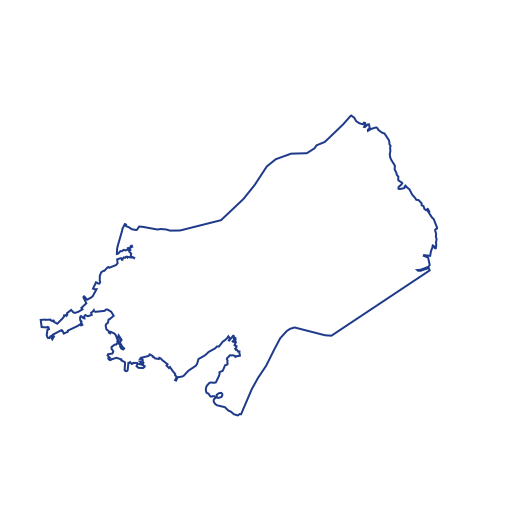 Weloy, Federated States of Micronesia (Mercator projection), rotated 118°
{"feature_id": "79324940B30441549583849", "entity_name": "Weloy", "entity_type": "district", "adm_level": 2, "iso_a3": "FSM", "parent_name": "Federated States of Micronesia", "parent_adm1": "", "projection": "mercator", "projection_center": [138.112, 9.532], "detail": "fine", "context": "isolated", "style": "outline", "palette": "blue", "viewbox_px": 512, "rotation_deg": 118, "n_neighbors": 0, "source": "geoboundaries", "source_scale": "gbopen_adm2", "svg_char_len": 6128}
<svg xmlns="http://www.w3.org/2000/svg" viewBox="0 0 512 512"><g transform="rotate(118 256 256)"><path d="M315.4,381.8L319.5,379.8L318.4,378.7L315.5,378.1L314.7,376.6L312.7,375.7L312.2,373.6L310.5,372.2L308.6,373.3L309.4,372.1L308.0,371.2L305.7,371.1L305.3,370.5L305.9,370.3L306.1,369.7L307.9,370.9L309.5,370.8L309.8,369.8L311.0,370.5L311.8,369.6L312.4,367.4L314.7,366.6L315.0,365.4L314.8,362.7L315.1,362.7L314.9,363.5L316.2,366.2L316.9,368.5L317.7,368.7L317.2,369.6L317.7,370.4L319.1,370.8L319.3,372.1L320.8,372.4L322.0,372.1L322.3,372.5L321.3,374.0L321.4,374.4L324.1,377.0L327.4,374.8L329.7,375.3L335.3,380.1L335.0,381.1L335.9,381.8L340.2,382.9L340.7,383.7L343.0,385.0L346.9,384.6L351.1,382.4L352.2,381.3L354.0,381.4L354.4,382.5L354.3,384.9L361.3,384.6L361.1,382.8L360.2,381.2L368.0,381.3L369.6,381.8L373.9,384.6L372.3,388.8L372.9,389.1L373.6,388.9L377.4,383.6L383.8,385.8L384.5,384.2L388.6,386.6L391.1,389.0L391.6,390.6L390.4,393.9L395.2,396.0L396.7,395.0L397.7,395.3L397.2,395.9L398.6,397.6L399.3,397.0L402.3,397.6L409.1,399.7L409.0,403.8L408.0,404.2L408.2,405.0L409.1,405.6L409.2,407.2L408.7,407.7L411.1,411.7L411.3,412.6L413.5,416.1L419.4,411.9L417.0,406.6L416.5,406.6L416.3,405.9L417.9,404.4L419.1,405.5L424.2,403.6L426.0,401.5L425.5,399.9L423.5,399.8L422.2,398.9L422.8,397.8L424.6,397.7L425.2,396.7L421.9,396.6L421.6,398.1L420.8,398.4L413.0,393.1L413.3,392.5L412.8,392.0L414.7,389.3L411.2,386.6L410.2,387.1L401.5,380.6L398.9,379.2L399.4,377.8L398.3,377.0L396.5,379.6L395.7,379.4L395.1,381.2L393.0,382.4L391.7,382.6L391.2,382.3L391.9,379.0L391.6,378.2L390.3,379.3L388.3,379.0L388.1,376.2L385.2,373.4L383.6,374.9L381.5,374.0L380.0,373.8L380.6,373.2L380.7,371.6L375.5,363.9L373.8,363.4L373.0,362.2L373.2,357.7L375.6,353.6L380.3,355.5L381.3,356.3L384.5,355.4L386.8,356.4L388.3,355.9L391.0,353.6L391.6,350.3L392.7,349.9L392.8,348.5L391.2,348.5L390.9,345.1L391.7,342.6L395.2,338.8L395.3,338.0L396.6,338.2L396.9,336.3L395.1,335.8L394.0,335.6L393.5,335.9L393.0,336.7L393.2,337.8L392.4,338.2L392.4,339.7L390.6,340.0L393.1,335.4L396.6,335.5L397.6,334.8L397.3,333.6L398.3,332.9L398.5,331.8L399.2,331.3L399.2,329.6L399.6,329.0L400.9,329.4L401.0,331.5L399.7,333.5L398.4,333.9L397.7,336.0L398.5,337.7L399.9,337.9L400.4,339.0L401.6,339.7L404.3,340.8L405.7,340.0L407.2,337.2L408.6,337.0L409.7,337.1L412.0,340.4L413.4,340.5L414.5,337.3L415.2,338.5L416.0,338.2L416.5,336.7L416.3,335.7L414.5,334.5L411.4,331.4L410.5,326.3L411.4,325.9L411.3,322.2L411.9,321.4L418.5,318.4L418.8,317.1L418.3,316.1L417.2,315.7L410.2,318.5L409.8,317.6L408.8,317.4L409.7,315.0L408.8,314.3L408.0,314.2L406.2,310.6L406.7,309.7L407.9,309.9L409.4,309.7L409.9,307.2L408.0,303.2L406.5,302.4L405.6,302.5L405.5,305.3L406.2,308.4L404.8,307.4L404.6,304.9L403.2,305.2L402.9,306.5L403.8,308.0L403.6,308.9L402.5,307.2L401.8,306.7L400.7,307.4L400.5,308.6L401.3,310.0L400.0,309.9L394.7,303.9L392.8,303.7L392.8,300.3L393.5,299.8L393.3,298.4L393.8,297.1L392.6,293.4L391.3,293.6L391.2,292.1L392.0,289.6L393.1,283.3L394.7,283.6L395.8,280.3L394.4,279.9L396.7,275.5L398.1,271.9L399.1,271.7L400.0,269.2L403.6,269.1L403.5,268.1L399.8,268.2L397.2,264.7L395.7,263.6L389.2,261.9L381.1,257.6L379.0,257.4L373.9,258.4L368.7,255.0L366.4,253.9L363.0,252.8L356.7,248.7L354.2,248.0L353.3,246.2L347.1,245.1L344.8,243.8L342.0,242.9L339.9,242.7L341.1,240.3L343.3,240.3L343.3,240.0L337.1,238.7L337.1,238.1L337.9,238.0L338.0,236.9L339.3,236.9L339.6,235.7L338.7,235.3L339.4,234.8L339.8,234.8L340.7,235.7L340.6,235.9L342.3,236.5L342.5,235.8L341.5,235.4L341.7,234.6L341.2,233.8L341.5,233.3L342.3,233.6L342.8,233.2L343.8,233.3L344.2,232.8L344.7,232.9L344.6,232.2L345.1,231.7L344.8,230.9L346.2,230.3L347.6,230.9L348.3,229.6L347.9,228.4L348.8,227.0L348.1,225.8L349.2,225.3L351.5,223.4L352.8,224.7L353.3,225.9L354.8,226.8L354.1,227.8L354.5,229.8L355.2,230.7L355.8,232.4L358.0,232.9L359.3,233.5L360.8,233.3L361.6,232.1L363.7,231.2L364.5,230.4L365.5,230.5L367.0,232.0L372.9,231.5L375.7,233.7L377.5,232.7L379.1,232.4L386.4,232.1L387.5,233.2L388.7,236.1L389.9,237.6L393.8,238.5L396.1,238.2L397.8,237.4L399.4,236.2L400.1,234.8L399.8,233.4L401.4,230.4L401.0,229.2L399.9,228.2L399.4,226.9L399.5,225.9L398.5,224.7L396.9,225.5L394.4,224.2L393.2,222.5L393.6,221.1L394.8,220.3L396.7,220.3L399.0,222.6L399.3,224.3L400.2,225.1L402.3,225.9L403.6,225.5L404.9,224.4L405.9,222.3L406.1,220.3L404.1,212.5L405.5,207.6L405.2,205.2L406.1,201.2L405.3,197.2L403.2,196.2L402.8,194.9L375.7,197.2L362.8,197.0L348.0,195.5L329.7,196.0L317.2,196.0L307.8,193.6L304.3,191.7L301.0,188.4L293.6,157.9L291.0,152.0L187.2,95.9L185.7,97.5L185.7,98.0L191.9,103.9L192.9,106.1L192.7,107.0L190.9,104.2L185.3,99.3L184.3,98.6L182.4,98.4L176.8,103.1L176.6,103.8L177.1,107.9L176.4,108.1L176.2,107.7L174.1,102.3L169.5,103.8L165.8,104.2L163.7,104.9L163.6,103.9L165.0,102.0L165.1,101.3L164.6,100.9L161.1,102.3L159.5,103.5L156.6,104.3L154.1,106.5L151.9,107.3L149.4,109.8L148.3,110.1L146.7,109.1L146.1,109.3L140.0,116.4L139.3,118.9L135.9,125.0L135.3,124.1L133.8,126.3L133.8,126.6L135.3,127.0L135.7,127.4L135.4,129.4L133.3,131.5L133.4,133.6L131.7,134.5L130.3,138.7L131.1,140.8L131.0,141.3L130.3,142.2L128.5,146.9L125.1,151.8L124.5,155.0L123.7,157.1L124.5,157.4L125.7,156.9L126.5,157.0L129.4,160.5L129.7,161.8L128.2,162.5L124.6,161.2L123.1,161.0L122.8,161.3L122.4,165.6L122.0,166.2L119.1,167.6L118.4,169.6L116.8,171.0L114.4,174.3L111.1,175.7L107.5,181.9L105.9,183.8L103.3,185.7L100.3,186.6L97.5,188.4L95.6,188.9L94.8,190.5L92.1,192.3L91.2,193.3L87.5,200.1L87.9,202.1L87.6,205.4L87.2,207.1L86.1,209.0L86.0,209.9L86.6,210.9L89.9,214.1L92.9,215.9L92.1,216.5L89.6,215.7L86.7,218.1L87.2,218.9L91.1,220.4L91.3,221.2L88.1,221.3L87.3,222.0L87.5,223.2L89.3,223.4L89.6,223.8L90.3,227.1L89.9,230.9L87.7,234.3L87.5,236.7L87.2,237.6L87.7,238.2L99.0,240.9L123.0,248.8L129.9,254.5L133.5,254.9L141.4,259.4L149.2,273.1L161.3,284.0L171.8,288.5L193.8,290.5L211.7,293.9L240.8,303.7L269.1,335.0L273.9,343.7L274.8,347.9L276.8,352.6L278.9,355.5L283.3,369.3L284.8,373.0L288.7,373.4L289.4,374.2L290.7,378.3L290.3,381.3L290.6,385.0L290.4,385.4L289.4,385.4L289.2,385.9L289.4,386.8L294.9,386.7L296.4,386.1L312.6,382.7L315.4,381.8Z" fill="none" stroke="#1e3a8a" stroke-width="2"/></g></svg>